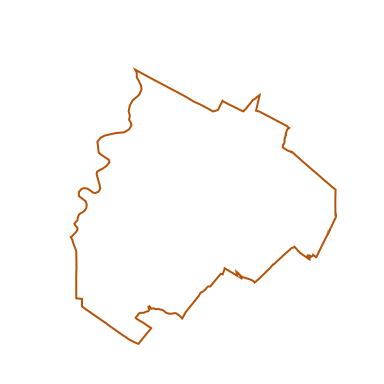 Costestii Din Vale, Dâmbovita, Romania (Albers equal-area conic projection), rotated 75°
{"feature_id": "2599482B66732417468011", "entity_name": "Costestii Din Vale", "entity_type": "district", "adm_level": 2, "iso_a3": "ROU", "parent_name": "Romania", "parent_adm1": "Dâmbovita", "projection": "albers", "projection_center": [25.499, 44.642], "detail": "fine", "context": "isolated", "style": "outline", "palette": "amber", "viewbox_px": 384, "rotation_deg": 75, "n_neighbors": 0, "source": "geoboundaries", "source_scale": "gbopen_adm2", "svg_char_len": 5468}
<svg xmlns="http://www.w3.org/2000/svg" viewBox="0 0 384 384"><g transform="rotate(75 192 192)"><path d="M312.9,266.7L310.2,269.1L308.7,270.4L307.0,271.7L305.3,273.3L303.3,275.3L302.6,276.1L301.9,276.5L301.2,277.4L299.9,278.4L299.4,278.8L298.9,279.0L298.7,278.8L298.2,278.0L297.3,276.6L296.7,276.1L296.0,275.6L295.6,274.6L295.3,273.3L295.5,272.6L295.7,272.3L295.7,271.3L296.0,270.6L296.2,269.9L296.1,268.9L295.8,268.0L295.7,267.3L295.8,266.0L295.7,265.0L295.4,264.5L294.8,263.9L294.2,263.7L291.7,263.9L291.4,262.6L292.2,262.3L294.0,261.6L294.4,261.2L294.3,259.6L294.8,258.7L295.7,257.7L296.0,256.7L296.3,254.9L296.6,254.2L298.0,251.7L298.5,250.8L299.6,249.9L301.8,248.4L302.6,247.3L303.5,245.6L304.1,244.3L304.3,242.8L304.4,241.6L304.5,240.2L304.7,239.4L305.1,238.7L306.0,237.9L307.1,237.1L308.4,236.0L309.6,235.2L310.6,234.7L311.6,234.2L311.3,233.8L310.2,232.8L308.3,231.0L306.4,229.2L305.2,227.5L302.9,224.4L299.9,220.2L297.0,216.3L295.8,214.6L294.3,212.6L294.1,212.3L291.5,209.8L290.9,206.9L289.9,205.0L289.8,204.8L289.5,204.3L289.1,203.6L288.0,202.2L287.9,201.9L287.6,201.3L287.5,200.8L287.5,200.3L288.0,198.8L285.2,194.9L282.7,191.4L280.7,188.6L278.5,185.5L279.5,183.7L274.8,180.5L274.1,180.2L275.6,178.8L276.3,178.2L276.7,177.7L277.7,176.7L278.1,176.3L278.9,175.6L279.5,175.0L280.1,174.3L281.8,172.8L282.7,171.9L283.5,171.2L284.9,169.8L283.0,169.8L282.1,169.8L280.5,169.7L282.6,168.3L285.0,166.9L287.2,167.6L288.2,166.6L286.5,166.0L287.7,164.6L288.2,163.6L289.3,162.0L291.8,158.0L293.6,156.1L294.7,155.3L295.1,155.2L295.7,155.0L295.4,154.4L294.6,152.8L293.4,150.2L291.6,147.0L291.5,146.8L288.4,141.3L285.2,135.6L283.0,132.7L283.2,132.2L283.1,131.9L282.8,131.2L281.7,129.2L280.0,126.1L277.7,121.5L277.1,120.8L276.4,119.1L275.4,117.2L274.5,115.4L273.6,113.6L273.1,112.5L272.7,111.9L272.4,111.3L272.0,110.5L271.9,110.0L271.9,109.2L271.9,108.6L271.9,108.1L271.7,107.6L271.4,107.2L272.1,106.8L273.0,106.4L273.5,106.1L274.1,105.8L276.2,104.8L277.1,104.3L277.6,104.0L277.9,103.8L278.9,103.3L280.0,102.3L280.9,101.6L281.9,100.8L282.4,100.3L283.1,99.7L283.8,99.2L284.1,98.8L284.6,98.4L287.5,96.0L287.6,95.9L287.1,95.5L286.5,95.5L286.1,95.7L284.9,96.6L284.0,97.1L283.6,97.0L283.1,96.5L283.3,96.1L283.8,95.1L283.9,94.8L284.0,94.5L284.8,94.1L285.4,93.8L285.4,93.5L285.0,92.3L284.5,91.6L283.9,91.3L284.7,90.6L285.4,90.2L287.1,89.1L287.0,88.7L275.3,78.5L275.3,78.4L275.1,78.2L274.7,77.8L274.4,77.6L271.3,74.9L267.9,71.9L267.0,71.2L266.8,71.1L267.2,71.0L266.0,70.0L264.8,68.9L264.6,69.1L262.6,67.3L262.1,66.8L255.5,61.3L255.0,60.7L254.4,60.2L253.8,59.8L253.3,59.5L252.6,59.2L251.9,59.0L251.5,58.9L250.9,58.8L250.9,59.3L238.5,56.1L228.8,53.3L226.8,52.7L225.1,54.1L223.8,55.0L220.3,57.4L217.9,59.0L216.1,60.3L213.8,61.9L211.2,63.6L206.1,67.0L201.8,70.0L199.8,71.3L197.7,72.8L193.3,75.7L192.4,76.4L189.8,78.1L186.1,80.5L182.9,82.6L180.1,84.4L179.4,85.6L179.0,85.3L178.7,85.8L178.2,86.7L177.6,87.7L177.1,88.4L176.8,88.8L176.0,89.6L174.7,90.7L172.7,92.5L172.3,92.8L170.0,91.8L169.5,90.9L169.2,90.8L169.0,90.5L168.7,90.3L168.4,90.1L168.0,89.9L167.7,89.8L167.3,89.5L166.8,89.3L166.0,89.3L165.5,89.2L165.3,89.1L165.0,88.9L164.6,88.7L164.1,88.4L163.7,88.3L163.4,88.2L163.2,87.9L163.1,87.7L162.9,87.6L162.5,87.5L162.3,87.4L162.1,87.1L161.9,86.8L161.7,86.5L161.3,86.4L160.8,86.5L160.4,86.6L160.2,86.3L160.1,86.2L159.9,86.1L159.7,86.0L159.3,85.9L159.1,85.8L158.9,85.7L158.7,85.6L158.5,85.3L158.2,85.1L157.9,85.0L157.6,84.8L157.2,84.5L156.9,84.3L156.3,83.8L155.8,83.1L155.7,82.8L155.7,82.6L155.7,82.4L155.6,82.1L155.5,81.7L155.3,81.5L154.3,82.5L153.2,82.9L149.3,87.1L131.8,106.0L130.0,109.1L126.1,107.0L124.4,106.1L119.9,103.7L115.9,101.6L116.1,102.2L116.4,102.7L116.8,104.0L117.4,105.4L118.1,106.2L118.5,107.4L118.7,109.2L119.6,110.3L125.1,117.8L126.1,119.2L126.4,120.2L126.9,121.0L127.4,121.2L127.4,121.7L127.0,122.2L125.9,123.5L125.3,124.2L125.0,124.6L124.3,125.3L120.9,129.1L120.2,129.9L118.2,132.3L116.2,134.5L115.4,135.4L113.4,137.4L112.2,138.7L111.8,138.9L117.2,143.7L117.8,144.2L119.1,145.3L119.5,145.9L119.7,150.8L117.5,153.0L114.7,155.9L112.9,157.8L110.0,160.9L108.7,162.5L105.4,166.6L96.8,175.0L96.6,175.2L96.4,175.4L91.3,180.9L82.6,190.3L72.9,200.7L71.4,202.4L59.1,215.2L62.6,214.5L67.1,215.7L71.0,214.6L73.4,214.2L75.9,213.7L79.5,214.1L81.4,215.4L84.2,217.6L85.4,219.7L88.1,225.6L92.4,229.7L97.6,232.3L102.3,232.3L106.0,234.1L109.5,233.1L111.9,233.3L115.1,236.3L116.8,242.0L115.4,250.0L114.9,261.4L115.8,266.0L119.0,270.4L125.9,271.3L129.8,271.9L132.4,270.2L137.0,266.1L139.5,263.9L142.1,264.2L144.4,267.4L146.2,271.9L147.6,278.1L149.7,279.5L154.7,279.5L160.3,279.4L165.1,279.8L167.5,282.3L168.0,285.7L167.0,287.6L162.1,291.7L162.1,291.8L160.8,293.9L160.4,295.2L160.3,296.7L160.9,298.8L162.7,301.1L164.6,301.9L166.8,302.2L170.2,299.6L173.4,297.1L176.7,296.9L179.7,298.0L182.2,300.4L183.4,303.3L183.8,305.5L184.5,306.9L187.1,308.9L189.7,310.0L189.9,310.6L192.2,313.8L194.1,313.4L196.0,312.3L197.6,312.0L199.2,312.8L200.2,313.8L201.6,315.9L202.8,317.9L203.8,319.6L204.1,320.8L207.4,319.9L207.9,320.0L210.1,320.0L211.7,319.8L219.0,319.1L221.9,319.8L230.2,321.9L236.5,323.5L237.0,323.7L238.0,324.1L246.3,326.4L263.0,330.8L264.7,331.3L266.8,325.9L274.0,327.9L278.3,324.5L283.2,320.3L290.4,314.2L296.7,308.8L299.2,307.0L299.6,306.6L300.0,306.3L308.8,298.9L309.3,298.6L312.7,295.7L314.3,294.1L315.1,293.4L315.6,293.0L316.9,292.1L318.2,290.9L322.1,286.6L324.9,283.1L322.6,280.0L322.4,279.8L315.3,269.9L314.1,268.1L312.9,266.7Z" fill="none" stroke="#b45309" stroke-width="2"/></g></svg>